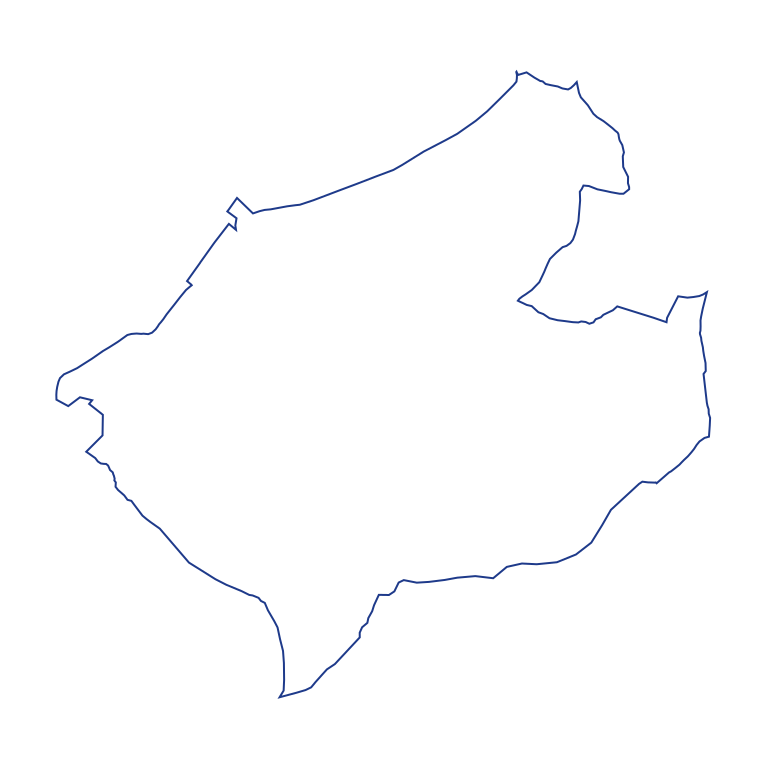 outline of San Martín Totoltepec, Puebla, Mexico, rotated 182°
{"feature_id": "50627088B50447726374010", "entity_name": "San Martín Totoltepec", "entity_type": "district", "adm_level": 2, "iso_a3": "MEX", "parent_name": "Mexico", "parent_adm1": "Puebla", "projection": "mercator", "projection_center": [-98.357, 18.658], "detail": "fine", "context": "isolated", "style": "outline", "palette": "blue", "viewbox_px": 768, "rotation_deg": 182, "n_neighbors": 0, "source": "geoboundaries", "source_scale": "gbopen_adm2", "svg_char_len": 3728}
<svg xmlns="http://www.w3.org/2000/svg" viewBox="0 0 768 768"><g transform="rotate(182 384 384)"><path d="M262.7,700.4L261.9,697.5L261.9,694.0L262.2,690.8L265.1,687.0L277.4,673.8L290.4,660.1L301.5,650.2L319.5,636.6L331.0,629.8L352.4,617.7L373.7,603.4L382.0,598.3L399.8,590.9L418.3,583.0L435.9,575.7L460.9,565.2L474.4,560.2L478.7,559.6L487.0,558.2L503.3,554.6L509.4,553.8L514.3,552.4L520.9,549.9L537.4,564.8L545.1,553.1L546.6,551.0L546.2,550.7L537.2,544.5L538.1,537.3L537.3,532.9L544.6,538.6L544.9,538.2L558.4,519.4L558.7,518.9L559.0,518.5L571.9,499.0L572.0,498.7L572.2,498.4L584.4,480.0L580.0,476.5L579.6,476.0L581.8,474.1L585.1,471.1L590.7,463.8L596.4,455.9L598.7,452.8L603.7,446.0L606.8,441.1L609.1,438.0L610.9,435.8L612.0,433.8L614.1,430.7L617.6,427.2L621.4,425.6L626.2,425.9L628.3,425.6L632.9,425.8L634.9,425.6L638.2,425.2L642.2,424.0L651.1,417.1L660.0,411.0L666.1,407.1L676.6,399.2L682.3,395.3L686.4,392.5L691.3,389.1L698.7,385.2L704.2,382.5L708.0,378.6L709.4,375.0L710.5,369.7L711.0,365.6L711.1,361.7L710.8,356.9L698.8,350.9L687.4,360.1L675.1,357.6L678.0,353.8L663.9,343.4L663.5,322.8L679.2,305.9L670.0,299.9L667.3,296.6L664.2,294.7L661.2,294.4L658.9,294.4L656.9,292.9L656.0,291.1L654.8,288.5L652.0,286.2L651.3,284.0L650.8,283.1L649.9,280.0L650.1,278.2L648.6,276.3L648.7,271.9L646.1,268.8L639.7,263.6L636.3,259.3L632.4,258.4L629.0,254.1L620.8,244.0L616.7,240.8L612.6,237.9L603.0,231.6L572.7,198.7L545.6,183.0L534.5,177.8L519.0,172.0L511.3,168.5L507.9,168.1L501.9,165.9L499.4,162.9L495.5,161.1L492.1,153.8L485.3,143.0L481.9,137.0L479.0,125.4L475.6,113.7L474.3,101.7L473.5,84.9L473.6,74.1L477.4,67.3L460.7,72.4L451.7,75.4L446.2,78.3L441.9,83.9L435.8,91.2L431.1,96.8L423.3,102.4L399.4,129.9L399.6,134.6L397.4,140.1L392.3,144.7L391.5,149.5L387.9,156.5L386.2,162.6L381.8,173.1L371.7,173.3L366.4,177.1L362.4,186.1L357.4,188.7L344.3,186.6L332.1,187.8L316.4,190.3L304.0,193.0L286.0,195.2L268.1,193.7L254.9,205.5L239.9,209.4L225.1,209.2L205.0,211.9L186.2,220.3L171.3,232.7L161.1,250.5L152.8,266.2L125.6,293.1L122.4,295.4L116.8,294.9L109.6,294.9L109.0,295.1L108.1,294.3L96.0,305.6L94.1,306.7L89.8,310.3L85.9,313.7L83.7,316.2L81.6,318.5L77.8,322.3L74.3,326.6L71.8,330.0L69.5,333.9L66.7,337.6L61.8,341.3L57.4,342.7L57.0,353.5L56.9,361.5L58.4,365.7L58.7,370.1L60.0,373.6L60.7,376.6L65.0,405.2L62.9,408.2L63.4,416.2L65.1,423.3L66.1,428.3L66.6,431.8L68.3,438.3L68.7,441.3L69.9,444.7L70.1,446.1L69.6,448.3L69.6,452.4L69.9,458.6L69.4,462.6L68.1,470.3L65.7,481.5L64.5,487.1L68.2,484.6L72.0,482.9L78.0,481.7L83.8,480.9L93.1,481.9L103.4,460.0L103.8,455.6L116.9,459.6L153.6,469.7L157.8,465.7L167.2,460.8L169.6,458.2L174.7,456.1L176.8,452.9L180.9,451.4L184.6,453.0L189.1,453.4L191.9,452.3L197.6,452.4L205.5,453.2L212.7,453.8L220.9,455.5L227.3,459.5L232.2,461.1L239.1,467.0L244.1,468.0L248.2,469.8L250.4,470.7L251.3,471.1L253.1,471.9L251.7,473.9L248.8,476.3L245.6,478.5L239.6,483.1L232.3,491.2L229.4,497.9L227.7,501.9L226.5,505.2L224.6,510.0L222.5,514.8L216.4,521.3L210.3,527.0L206.4,528.4L202.7,531.3L200.2,534.9L198.3,540.5L197.6,544.0L196.6,548.0L195.4,553.4L194.4,574.3L195.0,583.0L193.2,585.7L191.6,589.3L186.1,589.0L177.5,586.0L172.1,585.1L168.6,584.5L163.8,583.6L155.4,582.4L151.3,582.5L145.8,587.2L145.9,589.4L147.2,593.2L147.3,599.6L152.5,609.2L153.3,619.9L152.3,623.8L154.2,631.1L156.8,635.3L157.4,636.9L157.9,639.0L158.4,641.8L159.3,643.4L162.0,645.4L164.5,647.6L168.0,650.2L173.8,654.4L180.3,658.1L184.2,661.4L187.4,666.0L190.0,669.7L197.3,677.4L199.3,681.8L201.9,692.5L204.6,689.3L207.6,686.4L210.3,684.8L216.0,685.6L220.7,687.4L227.8,688.5L233.0,689.5L235.9,691.9L237.2,692.2L238.3,692.2L240.5,693.4L244.3,695.4L252.4,700.4L260.6,697.6L261.9,699.4L262.5,700.7L262.7,700.4Z" fill="none" stroke="#1e3a8a" stroke-width="2"/></g></svg>